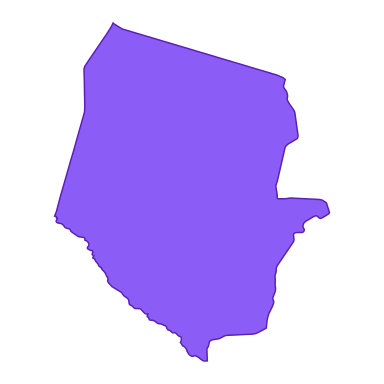 the Department of Boquerón
{"feature_id": "PRY-598", "entity_name": "Boquerón", "entity_type": "Department", "adm_level": 1, "iso_a3": "PRY", "parent_name": "Paraguay", "parent_adm1": "", "projection": "albers", "projection_center": [-61.074, -21.97], "detail": "fine", "context": "isolated", "style": "filled", "palette": "violet", "viewbox_px": 384, "rotation_deg": 0, "n_neighbors": 0, "source": "natural_earth", "source_scale": "10m", "svg_char_len": 3720}
<svg xmlns="http://www.w3.org/2000/svg" viewBox="0 0 384 384"><path d="M85.5,240.6L85.1,240.4L84.9,239.8L84.9,238.8L84.8,238.4L84.6,237.9L84.0,237.6L83.0,237.3L80.1,236.9L79.5,236.9L77.9,236.3L72.1,232.3L70.7,231.0L70.2,229.6L69.4,229.0L66.1,228.0L65.1,227.5L63.1,224.9L61.7,223.8L59.7,223.3L58.8,223.2L57.7,222.9L56.7,222.3L56.1,221.5L56.2,220.8L56.7,220.0L57.1,219.1L56.5,217.9L57.1,217.9L56.7,217.2L56.1,216.6L55.4,216.2L54.6,216.1L56.4,211.6L58.6,203.2L60.7,195.3L64.2,183.2L67.1,173.1L70.8,160.2L73.6,150.8L76.5,140.4L79.3,130.5L81.9,121.3L84.5,112.1L84.8,106.3L84.8,106.2L84.5,93.3L84.4,84.8L84.2,77.0L84.0,68.9L84.7,66.5L87.7,61.9L89.5,59.2L91.2,56.7L94.9,51.3L98.6,45.9L102.3,40.4L106.0,35.0L107.4,32.9L108.7,30.8L110.1,28.6L111.5,26.5L112.5,24.2L113.1,23.0L114.2,24.0L122.0,28.9L277.3,75.2L283.0,77.7L285.2,79.4L283.5,86.3L283.5,86.7L283.6,87.2L283.9,87.8L285.6,90.1L286.6,91.8L287.0,93.0L287.5,95.1L287.6,95.9L287.5,96.6L287.2,99.0L287.2,99.7L287.5,100.4L289.1,103.4L293.5,109.7L294.0,110.5L294.8,112.4L298.0,135.2L298.0,136.1L297.9,136.8L297.8,137.4L297.6,137.9L297.4,138.3L297.2,138.6L296.7,138.9L288.3,143.9L287.1,144.9L285.8,146.2L285.3,147.0L285.0,147.9L277.3,181.2L276.1,184.7L275.9,185.9L275.9,186.7L277.2,194.9L277.2,197.6L277.5,198.5L278.2,198.8L285.8,198.7L290.3,198.0L320.0,199.5L322.4,200.2L326.4,202.8L329.2,211.6L329.4,212.8L329.2,213.3L327.9,214.4L322.8,217.5L320.8,218.4L320.4,218.4L319.8,218.3L319.2,217.9L318.5,217.4L317.8,216.6L317.1,216.2L316.3,215.7L315.2,216.0L314.0,216.4L305.5,221.4L304.4,222.5L303.7,223.4L303.3,224.4L303.1,224.9L303.0,225.8L303.0,226.5L303.1,227.2L304.2,229.3L304.3,229.9L304.2,230.6L303.6,231.7L302.7,232.3L301.5,232.5L296.7,232.5L295.4,232.7L294.2,233.3L293.7,234.1L293.5,235.1L294.0,239.2L294.0,239.6L293.8,240.9L293.3,242.0L277.3,265.6L276.5,267.3L276.2,268.8L276.2,271.0L276.0,272.2L275.2,275.0L275.0,276.0L275.3,280.5L275.1,284.6L275.6,288.8L275.4,290.3L275.0,292.1L272.7,298.1L272.8,298.7L272.9,299.3L273.6,300.9L273.8,301.9L273.5,303.4L272.6,306.0L268.9,313.5L267.9,316.6L267.1,320.1L266.3,328.0L266.2,328.1L265.6,328.5L257.5,332.8L255.5,333.6L252.7,334.1L226.3,335.4L225.2,335.7L224.1,336.1L221.6,337.5L218.7,338.8L212.8,339.7L211.7,340.1L210.3,340.8L209.6,341.5L209.2,342.3L208.6,345.5L208.3,346.5L207.2,348.3L207.0,348.9L206.9,349.5L207.3,360.9L204.9,361.0L203.2,360.8L200.9,359.3L198.2,357.1L195.2,355.6L192.1,356.5L189.5,354.9L188.8,354.1L187.6,352.1L187.1,351.6L187.0,350.4L186.0,348.6L184.7,346.9L182.5,345.7L181.1,343.3L180.4,342.5L181.1,341.1L181.4,339.0L181.1,337.2L180.1,336.5L178.7,336.0L177.5,334.9L176.4,333.7L175.4,332.8L174.8,332.7L173.2,332.9L172.6,332.8L171.9,332.3L170.3,330.7L169.6,330.4L167.9,329.8L167.0,328.6L166.5,327.2L165.9,326.1L160.6,323.8L158.7,323.7L157.6,323.3L156.8,322.8L155.8,321.9L154.6,321.0L153.3,320.5L151.8,320.2L150.0,320.1L149.2,319.6L148.5,317.5L147.2,316.7L147.2,315.8L147.6,314.8L148.0,314.0L146.6,314.0L145.6,313.8L144.9,313.5L140.7,309.1L139.6,308.6L135.7,308.6L134.6,308.3L133.9,307.8L132.6,306.4L131.5,305.6L130.3,305.1L129.4,304.3L129.0,302.8L128.9,301.1L128.7,300.1L128.2,299.2L127.3,298.2L126.4,297.4L124.6,296.4L123.6,295.5L121.8,292.8L121.1,292.2L112.0,286.6L109.0,283.4L107.9,281.7L107.9,281.3L107.6,280.9L108.0,278.8L107.9,278.0L106.9,276.7L105.4,273.4L104.2,271.6L102.4,269.8L101.7,268.8L101.4,267.7L101.0,267.7L100.2,267.1L99.5,266.5L99.4,266.2L98.8,265.9L98.5,265.2L98.2,264.4L97.9,263.8L95.7,261.3L95.2,260.3L94.8,259.4L94.3,258.6L93.2,258.3L92.8,257.8L93.8,255.7L92.2,254.7L92.3,253.6L92.8,251.6L92.4,250.7L92.1,250.5L91.6,250.6L90.6,250.4L88.5,249.4L87.5,248.6L87.4,247.4L88.6,245.8L89.0,244.3L88.4,242.8L86.5,240.6L86.1,240.5L85.5,240.6Z" fill="#8b5cf6" stroke="#5b21b6" stroke-width="1.5"/></svg>